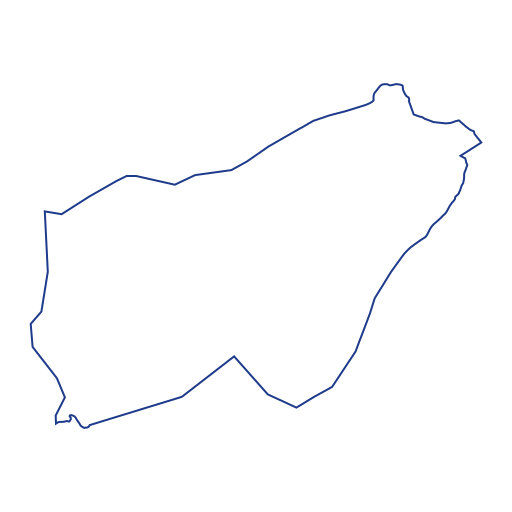 Cagaanchuluut, Dzavhan, Mongolia
{"feature_id": "93677404B73387413800607", "entity_name": "Cagaanchuluut", "entity_type": "district", "adm_level": 2, "iso_a3": "MNG", "parent_name": "Mongolia", "parent_adm1": "Dzavhan", "projection": "robinson", "projection_center": [96.827, 47.128], "detail": "fine", "context": "isolated", "style": "outline", "palette": "blue", "viewbox_px": 512, "rotation_deg": 0, "n_neighbors": 0, "source": "geoboundaries", "source_scale": "gbopen_adm2", "svg_char_len": 3528}
<svg xmlns="http://www.w3.org/2000/svg" viewBox="0 0 512 512"><path d="M481.3,142.5L474.6,134.1L473.8,131.3L470.3,129.9L466.3,126.9L458.9,120.4L455.5,121.2L453.4,122.0L450.8,122.9L445.8,123.4L433.7,122.1L427.3,119.7L424.8,118.8L422.1,117.1L419.4,116.5L413.7,114.5L409.0,101.4L409.2,99.4L408.7,97.6L406.4,96.1L404.8,93.7L403.2,90.3L402.8,87.5L402.8,86.4L402.7,85.9L402.5,85.6L402.0,85.3L401.2,85.0L400.4,84.7L398.7,84.4L396.5,84.1L395.5,84.2L393.4,84.8L391.4,85.2L390.3,85.3L389.7,85.3L389.4,85.2L388.9,85.0L388.1,84.6L387.5,84.3L387.2,84.3L386.7,84.2L385.8,84.2L384.7,84.2L383.9,84.3L383.0,84.4L382.9,84.4L382.1,84.6L381.2,85.1L380.3,85.8L380.2,85.9L379.0,87.3L378.8,87.5L378.5,87.9L377.5,89.3L377.1,89.8L375.7,91.6L375.2,92.2L374.9,92.5L374.6,92.9L374.1,93.9L373.8,95.0L373.6,96.1L373.5,97.2L373.5,98.0L373.6,99.7L373.6,99.9L373.5,100.2L373.5,100.5L373.3,100.7L373.0,101.0L372.6,101.4L372.5,101.5L371.4,102.2L369.9,103.1L368.4,103.8L365.5,105.0L357.5,107.5L356.9,107.7L355.2,108.2L355.0,108.3L345.6,111.2L330.1,115.2L328.0,115.9L327.3,116.1L326.3,116.5L325.6,116.7L323.4,117.5L322.8,117.7L320.0,118.6L319.1,118.9L313.5,120.8L311.8,121.7L311.2,122.1L308.1,123.8L307.6,124.2L301.3,127.8L300.7,128.1L299.2,128.9L298.7,129.2L284.3,137.4L284.0,137.6L268.2,146.7L247.1,161.4L231.4,170.1L195.1,175.1L174.8,184.7L136.1,176.0L126.6,176.0L116.3,181.1L89.0,196.7L61.6,214.2L44.8,211.4L47.8,271.8L42.1,307.3L41.4,311.6L30.7,323.9L32.6,346.9L56.9,378.2L64.9,397.4L55.7,415.5L55.9,421.8L56.0,422.1L56.0,422.4L56.0,423.6L58.0,422.3L58.8,422.1L59.6,422.0L60.3,421.9L61.4,421.9L62.5,421.9L64.2,421.7L65.8,421.3L66.5,421.1L66.9,421.1L67.5,421.1L68.1,421.4L68.6,421.5L69.1,421.5L69.8,420.9L70.0,420.6L70.2,420.2L70.5,419.7L70.8,419.3L70.8,418.6L70.8,418.1L70.7,417.7L70.3,417.1L70.0,416.8L69.8,416.5L69.6,416.1L69.8,415.6L70.2,415.3L70.5,415.2L70.8,415.2L71.3,415.2L72.0,415.3L72.6,415.5L73.4,415.8L74.2,416.2L74.7,416.6L75.7,417.7L76.8,419.8L78.4,422.0L79.2,423.1L79.8,424.1L80.4,425.2L80.6,425.5L80.9,425.9L81.2,426.1L82.1,426.7L82.8,427.1L83.2,427.4L83.8,427.8L84.5,427.9L85.3,427.7L85.8,427.6L86.3,427.6L86.9,427.5L87.5,427.4L87.8,427.3L88.2,427.0L88.3,427.0L88.4,426.9L88.7,426.7L89.1,426.1L89.7,425.1L181.9,396.8L234.1,356.4L267.8,394.4L296.4,407.6L314.0,396.9L332.1,386.9L355.3,351.9L355.5,351.6L355.6,351.4L356.5,349.0L360.0,339.6L360.2,339.2L369.9,313.6L374.7,298.3L391.1,271.8L402.3,256.3L404.5,253.4L408.4,249.4L411.0,247.0L412.5,246.0L414.3,244.6L416.9,242.8L420.5,240.2L425.3,237.1L425.9,236.4L426.4,235.8L427.1,234.8L427.9,233.2L429.1,230.8L429.9,229.2L430.0,229.0L431.2,227.2L432.4,225.6L433.7,224.2L436.5,221.8L440.5,218.2L443.0,215.6L444.7,214.1L446.0,212.6L447.1,210.9L447.8,209.5L448.4,208.5L448.7,207.9L449.5,206.3L450.5,204.8L451.3,203.7L451.9,202.8L452.0,202.7L453.2,201.5L454.0,200.4L454.7,199.4L454.8,199.3L455.0,198.8L455.1,198.1L455.1,197.4L455.4,196.8L456.3,195.9L457.2,195.1L458.2,194.2L458.7,193.4L458.8,193.3L458.9,192.9L459.1,192.5L459.1,192.4L459.3,191.9L459.9,190.8L460.3,189.7L460.7,188.6L461.2,186.8L461.6,185.8L462.0,185.0L462.5,184.2L463.0,183.4L463.3,182.7L463.4,181.9L463.6,180.9L463.9,179.7L464.0,179.0L464.0,178.3L464.1,178.1L464.1,177.3L464.1,176.3L464.1,175.2L464.2,174.2L464.3,173.3L464.5,172.6L465.4,170.4L465.9,169.1L466.3,167.7L466.7,166.8L467.1,165.5L467.2,165.0L467.2,164.4L466.7,163.7L466.3,162.8L466.2,162.3L466.0,161.2L465.5,159.3L465.2,158.5L465.0,158.2L464.5,158.0L463.8,157.7L462.5,156.9L461.5,156.4L460.5,155.8L480.9,142.8L481.3,142.5Z" fill="none" stroke="#1e3a8a" stroke-width="2"/></svg>